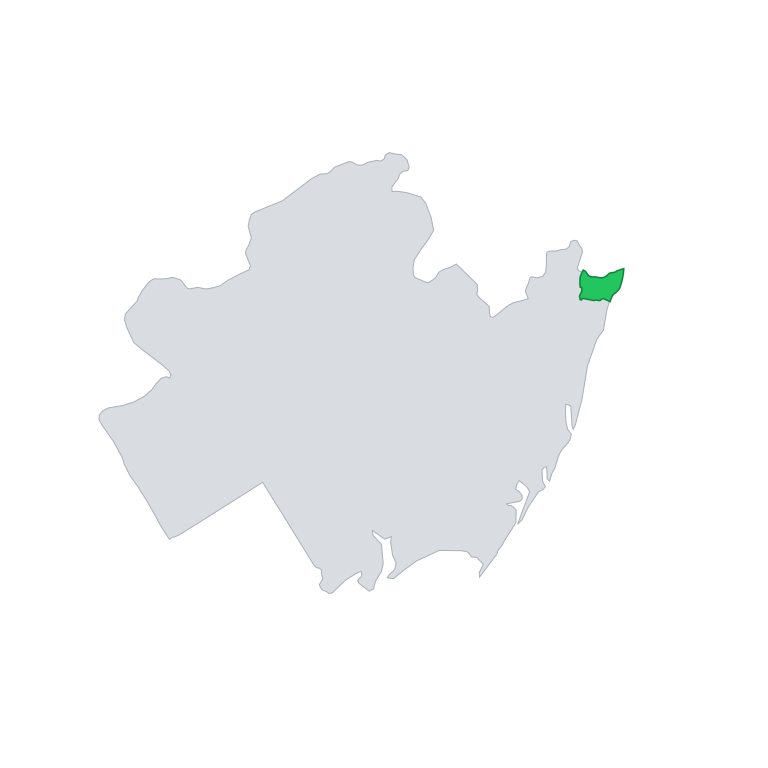 Haute-Banio, Nyanga, Gabon (highlighted), rotated 238°
{"feature_id": "22940354B88632619890778", "entity_name": "Haute-Banio", "entity_type": "district", "adm_level": 2, "iso_a3": "GAB", "parent_name": "Gabon", "parent_adm1": "Nyanga", "projection": "robinson", "projection_center": [11.179, -3.673], "detail": "fine", "context": "in_parent", "style": "filled", "palette": "green", "viewbox_px": 768, "rotation_deg": 238, "n_neighbors": 0, "source": "geoboundaries", "source_scale": "gbopen_adm2", "svg_char_len": 4505}
<svg xmlns="http://www.w3.org/2000/svg" viewBox="0 0 768 768"><g transform="rotate(238 384 384)"><path d="M510.3,131.3L509.9,137.2L504.0,151.6L501.3,162.7L500.6,174.5L502.2,184.0L505.0,190.8L506.9,198.2L505.5,203.3L502.6,205.5L504.6,208.1L508.9,208.7L516.1,206.5L527.3,202.5L542.0,196.8L551.7,193.8L567.6,195.7L576.1,197.9L580.5,201.9L585.2,218.8L587.6,221.4L591.4,228.6L594.7,237.3L595.3,241.7L595.0,244.8L591.8,249.5L588.1,256.4L586.8,260.6L583.8,263.7L579.9,266.7L569.3,267.9L567.6,269.7L564.7,277.1L559.0,283.3L556.5,289.2L554.2,297.0L554.7,306.7L553.6,320.7L552.4,330.1L555.2,333.4L567.9,335.7L570.4,337.6L573.8,343.4L578.1,348.9L589.8,352.4L594.3,356.6L598.0,361.2L598.4,365.0L595.8,380.2L593.2,394.7L594.2,405.8L595.2,416.4L596.5,431.8L595.9,441.2L592.6,446.9L592.6,451.5L594.1,456.9L591.2,471.9L589.3,474.4L584.1,477.2L581.3,481.2L580.5,487.6L577.6,496.2L574.8,499.4L574.8,503.4L577.5,506.4L577.5,510.9L572.3,516.3L569.1,520.4L562.2,522.4L554.3,520.2L552.4,517.3L554.3,512.6L553.7,508.9L550.9,505.0L546.7,494.9L542.9,492.8L540.8,496.9L534.4,504.5L523.0,514.4L515.0,515.1L500.2,512.2L487.9,507.5L482.1,495.9L478.4,486.4L473.2,475.4L467.2,470.2L460.9,466.8L458.1,466.6L449.1,472.7L446.3,475.1L446.4,480.3L447.2,485.1L448.6,487.5L449.8,490.5L449.6,495.3L447.9,501.8L447.4,508.9L419.1,515.8L414.1,513.3L410.6,510.1L406.3,510.7L394.0,514.3L389.5,511.8L385.0,509.9L382.9,511.5L382.8,514.5L384.8,531.2L384.2,537.5L381.4,545.8L380.0,551.5L387.5,553.0L390.2,555.6L392.8,559.8L396.5,563.8L396.7,566.1L392.6,570.5L391.2,575.8L393.1,580.0L398.3,584.4L405.7,589.0L409.4,591.9L409.0,594.7L405.6,600.5L404.2,605.4L401.9,609.8L402.3,613.9L405.7,617.7L405.3,621.1L403.1,623.7L398.4,623.2L394.5,623.5L390.9,622.5L379.9,609.3L377.5,608.9L361.5,619.1L357.5,623.2L354.2,629.2L349.7,642.2L342.5,634.6L336.2,620.8L328.8,612.4L313.4,598.6L309.3,588.5L291.7,566.3L266.3,544.0L248.0,524.7L245.3,520.4L248.3,521.0L266.0,530.6L268.4,529.5L270.5,527.3L262.8,522.3L255.6,518.3L248.7,515.8L241.9,516.1L238.0,512.0L235.5,505.8L234.3,500.5L231.2,494.9L221.5,483.4L219.2,479.0L213.8,473.0L217.1,472.2L227.5,478.0L228.4,475.7L227.5,472.3L217.0,466.8L211.4,466.4L210.1,462.6L210.8,458.1L203.3,441.4L195.6,428.9L194.3,423.0L215.3,450.2L218.1,450.7L221.8,450.4L230.5,447.4L228.8,443.7L224.9,439.8L221.1,441.6L216.2,442.0L213.6,440.4L212.4,437.6L217.4,424.4L215.2,425.1L213.7,427.4L210.9,428.5L206.8,429.2L196.4,422.2L187.3,403.1L184.9,399.2L182.5,392.5L180.1,389.8L169.6,362.7L173.6,364.7L178.3,372.6L187.6,370.9L191.2,366.4L194.4,366.5L197.7,365.5L201.7,361.2L213.6,342.6L216.7,317.9L215.7,303.3L214.0,288.8L217.9,284.1L219.5,287.2L220.3,292.4L222.1,296.2L226.3,299.6L234.2,300.5L246.4,305.9L250.7,309.3L251.9,302.5L265.9,296.6L261.7,294.5L249.2,296.8L232.2,288.2L226.5,282.6L221.2,272.1L215.7,266.6L216.1,261.7L228.4,257.1L231.6,257.7L232.9,263.1L236.2,265.3L237.5,264.6L238.0,259.9L238.1,247.5L234.3,229.7L235.5,226.3L238.8,225.1L241.8,222.7L243.9,222.3L248.1,222.7L250.2,226.8L251.3,229.1L255.5,230.1L258.9,232.3L261.9,231.7L264.3,229.2L268.0,228.6L279.1,228.7L289.3,228.7L309.4,228.8L329.6,228.9L349.8,228.9L365.0,229.0L364.9,218.8L364.8,203.1L364.7,184.6L364.6,166.8L364.6,150.3L364.5,130.9L365.3,125.3L366.3,123.0L365.9,119.7L381.5,119.5L409.8,121.0L422.1,120.8L425.7,121.0L441.1,120.0L453.6,121.3L458.9,122.7L463.7,123.3L478.6,124.2L498.2,123.1L504.8,123.4L508.5,126.1L510.3,131.3Z" fill="#d9dde1" stroke="#a8b0b8" stroke-width="1"/><path d="M375.1,613.1L373.1,610.3L371.4,607.6L369.4,606.0L366.4,604.0L363.4,602.3L362.0,601.6L361.6,601.9L361.4,602.6L361.2,602.9L360.5,602.7L359.9,602.2L359.3,601.6L358.6,601.3L357.7,600.9L357.4,600.3L357.1,599.6L356.7,598.8L355.7,597.4L354.8,596.3L353.8,595.8L352.9,595.5L351.7,595.0L350.7,595.8L350.6,596.3L351.4,597.0L351.3,597.8L350.7,598.5L349.1,600.3L346.7,602.8L344.7,605.0L343.6,606.2L343.2,607.1L342.9,608.1L342.3,609.0L340.6,610.7L340.3,611.5L340.4,612.4L340.7,613.2L340.6,614.0L340.2,614.8L339.4,615.8L338.7,616.4L337.5,617.0L336.6,617.7L335.7,618.3L334.7,618.8L334.0,619.4L334.9,620.4L338.0,624.6L338.6,627.1L338.7,629.4L339.4,632.5L340.3,634.6L342.4,637.2L345.0,640.1L347.9,642.9L350.3,645.1L353.6,647.7L354.8,648.5L354.9,648.1L355.4,646.3L355.8,644.1L356.3,642.8L356.5,641.0L356.5,639.3L356.9,637.7L357.7,636.4L358.3,634.8L358.4,633.1L358.0,631.4L357.7,629.1L357.9,627.0L358.4,625.5L359.8,623.4L361.7,621.3L363.3,619.3L364.0,618.0L365.1,616.4L366.5,615.4L368.6,614.7L370.8,614.7L373.1,614.5L374.9,613.4L375.1,613.1Z" fill="#22c55e" stroke="#15803d" stroke-width="1.5"/></g></svg>